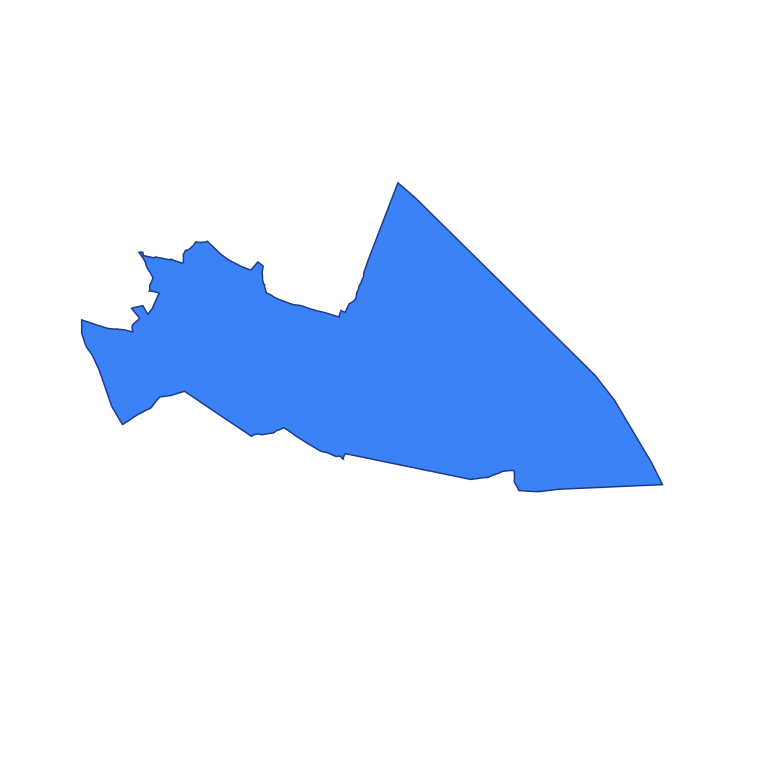 the district of Huizen, Noord-Holland, Netherlands, rotated 33°
{"feature_id": "6326949B75136097066874", "entity_name": "Huizen", "entity_type": "district", "adm_level": 2, "iso_a3": "NLD", "parent_name": "Netherlands", "parent_adm1": "Noord-Holland", "projection": "equal_earth", "projection_center": [5.224, 52.296], "detail": "fine", "context": "isolated", "style": "filled", "palette": "blue", "viewbox_px": 768, "rotation_deg": 33, "n_neighbors": 0, "source": "geoboundaries", "source_scale": "gbopen_adm2", "svg_char_len": 5975}
<svg xmlns="http://www.w3.org/2000/svg" viewBox="0 0 768 768"><g transform="rotate(33 384 384)"><path d="M286.1,207.7L303.2,288.5L306.2,300.7L306.8,302.7L308.3,304.5L308.5,305.8L308.5,306.4L309.0,309.4L309.0,309.8L309.3,310.8L309.6,311.7L309.7,312.3L309.6,313.6L309.7,314.7L310.0,316.6L310.7,317.7L310.9,318.5L311.4,321.9L311.9,323.3L312.7,325.2L313.1,326.0L313.4,326.6L313.5,326.8L313.6,327.4L313.7,327.7L313.7,328.4L313.7,328.8L313.7,329.9L313.4,331.0L313.1,331.5L313.0,332.1L312.5,333.1L311.1,335.6L312.4,345.0L309.9,345.5L308.9,345.7L307.9,345.7L308.3,347.1L308.5,348.5L308.7,349.5L309.0,350.4L309.4,351.2L309.9,352.2L306.5,353.2L300.7,354.9L295.0,356.5L287.7,359.2L279.8,361.5L276.4,362.3L272.4,363.2L270.8,363.9L270.4,364.0L269.0,364.6L268.0,365.2L267.5,365.5L266.6,366.0L265.8,366.3L265.6,366.4L265.1,366.5L264.6,366.8L261.7,367.6L260.6,367.9L259.6,368.1L257.8,368.4L256.0,368.9L251.0,370.0L248.3,370.5L245.6,370.9L244.0,371.0L241.9,370.9L239.9,371.0L237.9,371.3L236.7,371.7L236.2,371.7L236.3,371.6L235.8,371.4L234.2,370.5L231.4,368.0L230.8,367.3L230.0,365.9L229.7,365.6L228.7,365.7L228.2,365.3L226.7,364.0L224.8,362.0L223.8,360.3L221.1,356.9L221.0,356.7L219.0,352.1L218.8,351.7L218.8,351.4L218.8,351.2L217.7,350.9L216.7,350.7L211.7,350.4L211.1,355.0L210.3,361.0L201.5,363.0L193.9,363.8L190.0,364.2L185.4,364.6L176.1,364.0L158.1,360.5L156.7,362.6L155.9,362.8L153.8,364.5L153.4,364.9L151.9,366.0L148.9,367.1L148.6,368.5L148.7,369.6L148.7,370.3L148.7,371.4L148.6,372.1L148.3,372.7L148.0,373.9L147.6,375.7L147.4,376.6L147.2,377.0L146.9,377.4L146.7,377.8L146.5,378.1L145.9,379.3L145.8,379.8L144.7,379.9L145.2,384.7L145.4,385.2L146.8,387.0L149.2,390.8L149.3,391.0L149.3,391.3L149.4,391.6L149.3,391.9L149.2,392.1L149.0,392.3L148.9,392.4L148.4,392.6L148.0,392.8L147.4,393.0L139.5,394.9L137.3,395.3L137.3,395.6L137.2,396.0L137.0,396.3L136.8,396.5L136.6,396.6L136.3,396.7L123.0,402.0L122.9,402.4L123.0,402.6L123.0,402.8L122.9,403.0L122.7,403.2L121.5,403.8L112.4,407.3L112.2,407.3L112.1,407.2L110.1,405.0L110.0,404.9L109.7,404.9L108.3,405.9L108.5,406.0L108.6,406.3L108.0,407.0L107.9,407.1L107.3,406.8L107.2,406.8L106.9,407.0L110.7,408.7L112.3,409.2L112.5,409.3L115.9,410.9L117.4,411.8L117.6,412.0L117.9,412.2L119.6,413.8L119.9,414.0L121.0,414.9L122.1,415.5L124.1,416.5L127.5,418.0L128.5,418.7L129.2,419.0L131.8,420.4L132.1,420.6L132.4,420.9L132.5,421.1L132.7,421.9L133.4,425.5L133.6,427.6L133.8,428.4L134.1,429.4L134.4,430.0L135.8,431.5L135.9,431.8L136.1,432.1L136.2,432.5L136.3,432.7L136.4,433.8L138.4,432.9L139.1,432.5L140.7,431.9L143.2,431.0L146.2,430.3L146.6,430.9L146.6,431.6L146.2,433.2L146.7,435.6L147.4,439.9L148.4,446.7L148.6,446.7L148.1,453.8L148.0,454.1L144.6,452.5L139.0,449.6L133.5,455.3L131.9,457.0L131.5,457.4L131.1,458.0L143.1,461.9L142.8,464.4L142.0,467.2L141.4,469.1L141.1,470.0L141.0,471.0L141.2,472.3L141.6,473.2L142.1,474.1L143.1,475.2L144.9,477.2L140.4,478.8L137.7,479.6L136.9,479.9L135.5,480.6L133.5,481.7L132.6,482.2L130.9,482.9L130.4,483.1L130.1,483.3L128.8,484.2L128.0,484.8L125.4,486.1L124.6,486.5L123.6,487.1L122.0,487.7L120.8,488.2L114.9,489.7L111.2,490.9L104.9,492.4L100.4,493.7L95.6,494.8L96.3,496.1L99.7,501.3L101.7,504.3L102.8,506.0L103.1,506.3L103.4,506.6L107.2,509.6L109.6,511.6L113.2,514.4L117.1,516.1L119.6,517.1L123.4,518.6L126.5,520.4L130.7,523.2L136.3,526.6L137.7,527.6L147.9,535.5L148.5,535.9L149.2,536.5L158.3,543.6L164.2,548.2L165.5,549.2L166.1,549.7L168.0,551.1L169.3,551.8L170.5,552.4L171.5,552.9L174.0,554.1L184.2,559.2L184.6,559.4L186.5,560.2L186.9,560.3L189.2,555.2L190.5,552.2L192.3,547.8L193.7,544.8L194.6,542.8L195.7,541.2L197.0,539.0L198.6,535.9L198.9,535.3L200.8,532.5L201.2,531.6L201.4,531.0L201.6,530.3L201.8,528.9L202.0,524.1L202.3,521.4L202.6,519.5L203.2,516.8L211.3,509.9L220.7,498.7L257.4,499.4L299.8,500.0L301.1,500.1L301.9,498.7L302.5,497.6L303.1,496.8L303.6,496.3L303.8,496.1L305.0,494.9L305.7,494.4L305.9,494.3L307.0,493.9L308.7,493.2L309.1,493.1L309.5,492.8L309.9,492.4L311.2,491.3L311.7,490.7L313.4,489.2L315.2,487.6L316.3,486.6L318.0,485.1L318.1,484.9L318.3,484.6L318.4,484.4L318.9,482.7L319.4,481.5L319.5,481.3L319.7,481.1L320.4,480.2L320.9,479.6L321.8,478.5L322.1,477.9L323.7,475.5L323.9,475.2L331.2,475.2L339.3,475.6L341.8,475.6L342.4,475.6L354.4,475.4L356.4,475.2L359.0,475.2L360.2,475.1L364.1,475.0L365.6,474.9L367.9,474.7L368.4,474.5L369.7,474.1L371.1,473.6L373.9,472.5L376.3,472.0L379.9,471.5L381.2,471.4L381.0,471.0L383.4,470.8L383.7,470.7L384.0,470.4L385.4,469.1L385.9,468.8L386.2,468.6L386.6,468.5L387.7,468.7L388.6,468.9L389.7,469.3L390.3,469.2L390.5,469.2L390.8,469.1L390.5,468.9L390.3,468.8L389.3,464.3L389.3,463.9L389.4,463.7L389.5,463.6L389.9,463.4L390.3,463.2L410.8,455.1L428.6,448.2L449.9,439.8L469.0,432.4L470.7,431.6L475.2,429.9L478.6,428.6L479.9,428.1L481.9,427.3L499.0,420.6L508.3,417.0L509.1,416.4L509.7,416.0L510.1,415.5L510.8,415.1L511.2,414.5L511.7,414.2L512.3,413.7L512.9,413.3L513.4,412.9L513.8,412.4L515.0,411.2L515.7,410.8L516.7,409.8L517.3,409.4L517.9,409.0L518.2,408.6L518.8,408.2L519.9,407.3L520.5,406.8L521.0,406.6L522.0,405.9L522.2,405.7L522.8,404.4L522.9,404.2L523.8,403.0L523.9,402.6L524.4,401.7L525.1,401.0L525.5,400.4L526.1,400.1L526.9,398.6L527.2,398.3L527.4,397.9L528.1,397.2L528.9,396.4L529.2,395.6L529.6,395.1L529.8,394.8L529.8,394.3L530.0,394.1L531.5,392.3L531.8,391.9L532.1,391.7L532.7,391.3L533.4,390.8L534.1,390.1L535.2,389.2L536.8,388.0L538.9,386.5L539.4,386.3L540.1,386.2L540.3,386.1L540.9,386.4L541.2,387.2L541.6,387.5L542.0,387.7L542.5,388.4L542.6,388.8L543.2,389.7L543.3,389.8L543.5,390.0L543.8,390.4L544.1,391.1L544.6,391.8L544.8,392.2L545.3,392.9L545.6,393.4L546.2,394.6L546.4,394.8L546.7,395.0L547.1,395.5L548.7,396.2L550.6,397.2L551.4,397.7L552.6,398.2L553.4,398.6L553.9,399.2L554.6,399.6L554.9,399.9L555.2,399.9L558.9,397.8L565.3,394.2L569.2,392.0L571.8,390.4L574.1,388.7L581.2,382.7L586.2,378.4L593.7,372.9L672.4,316.7L651.5,304.4L586.2,272.1L556.3,261.8L452.9,240.4L308.7,210.8L286.1,207.7Z" fill="#3b82f6" stroke="#1e3a8a" stroke-width="1.5"/></g></svg>